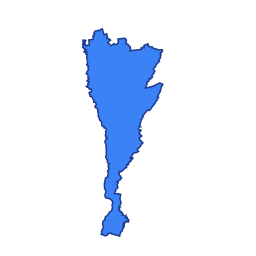 the district of Omealca, Veracruz, Mexico, rotated 255°
{"feature_id": "50627088B94853796766823", "entity_name": "Omealca", "entity_type": "district", "adm_level": 2, "iso_a3": "MEX", "parent_name": "Mexico", "parent_adm1": "Veracruz", "projection": "natural_earth1", "projection_center": [-96.739, 18.709], "detail": "fine", "context": "isolated", "style": "filled", "palette": "blue", "viewbox_px": 256, "rotation_deg": 255, "n_neighbors": 0, "source": "geoboundaries", "source_scale": "gbopen_adm2", "svg_char_len": 5854}
<svg xmlns="http://www.w3.org/2000/svg" viewBox="0 0 256 256"><g transform="rotate(255 128 128)"><path d="M194.3,181.5L195.0,181.0L194.9,178.9L199.0,172.4L199.2,172.6L199.7,172.6L200.9,170.3L202.2,168.6L203.1,169.0L204.1,169.1L203.8,165.7L203.6,164.9L203.3,164.7L203.2,165.1L201.3,164.3L202.3,162.6L201.2,162.0L201.6,161.3L200.4,161.2L201.6,153.7L201.9,149.9L203.1,150.9L206.0,151.2L206.8,150.2L208.0,150.0L209.2,149.3L209.3,148.4L210.0,147.5L211.0,148.1L211.6,148.8L212.9,149.0L214.0,149.1L215.6,148.1L216.5,141.3L213.5,140.9L212.4,140.1L211.7,139.2L212.2,136.9L213.1,136.3L211.7,133.0L215.9,130.6L217.4,133.9L218.8,133.1L219.6,131.0L220.4,131.0L220.5,131.4L221.4,131.3L221.4,131.7L224.5,131.7L224.4,128.9L230.3,128.9L230.3,127.0L229.8,126.7L229.6,124.8L230.0,124.8L230.0,121.1L229.7,120.8L228.5,119.6L227.7,120.1L227.0,119.9L227.0,119.4L226.7,119.2L225.9,118.9L226.0,118.0L224.6,117.6L223.1,117.5L222.6,117.2L223.2,112.9L218.2,112.1L218.6,108.5L220.1,108.4L220.1,107.3L223.5,109.9L224.5,107.9L224.5,107.3L223.6,106.8L223.0,107.8L222.6,107.9L221.2,106.1L219.2,105.8L218.3,105.9L217.9,105.3L217.5,105.2L215.3,106.5L215.0,107.3L214.6,107.7L213.0,105.2L212.7,105.3L212.8,107.3L212.3,108.0L211.8,107.9L211.3,106.6L210.8,106.3L210.2,106.4L209.5,107.6L209.0,107.9L208.4,107.1L207.3,106.4L205.2,106.2L203.6,106.3L201.4,105.6L200.3,105.6L200.0,104.6L199.7,104.4L198.0,105.7L197.8,105.8L196.8,104.9L194.7,105.1L193.5,103.5L192.4,102.8L191.3,101.7L190.7,102.4L188.9,103.0L188.0,102.9L186.9,102.1L186.2,103.1L185.3,102.7L184.4,100.9L183.9,100.6L183.2,102.2L182.5,102.4L181.6,100.8L181.1,100.6L180.0,100.8L179.4,100.1L179.0,98.5L178.7,98.5L176.9,100.5L175.5,100.8L174.7,102.9L173.5,102.5L172.2,101.6L172.7,100.3L172.2,99.7L171.0,99.4L169.7,99.9L168.6,99.5L168.0,99.9L167.9,100.9L166.5,101.5L163.4,102.1L162.3,101.6L161.6,101.6L161.5,102.7L160.6,103.4L158.3,103.4L158.1,102.4L157.0,101.5L156.1,101.9L155.1,103.3L154.1,103.5L150.9,103.0L149.7,103.1L147.2,102.3L145.6,102.7L142.9,102.7L142.0,103.4L140.2,104.0L137.2,103.4L135.8,104.3L135.4,105.2L134.2,105.0L133.5,106.5L133.2,106.8L132.5,106.8L131.4,106.2L130.7,105.5L129.3,105.4L128.1,104.8L126.6,104.5L126.5,104.2L126.2,104.1L124.8,105.2L124.3,104.9L124.1,104.2L123.8,104.2L122.8,104.9L122.0,103.0L121.0,102.2L119.4,102.2L118.3,102.5L117.1,102.4L115.3,101.8L113.4,101.7L109.6,100.5L108.2,100.4L107.3,100.0L106.6,99.3L105.7,99.0L102.8,99.4L102.0,99.9L100.7,99.2L99.7,99.4L98.0,99.8L97.9,100.6L96.1,98.8L93.7,99.2L91.9,97.3L89.6,97.1L88.7,96.9L87.0,96.0L86.6,96.1L85.9,95.5L85.9,94.6L85.4,93.2L84.6,93.1L83.2,92.1L81.5,91.6L80.9,90.9L75.8,89.7L74.1,90.2L72.0,90.0L68.9,88.2L67.3,88.2L66.4,88.4L65.8,89.2L65.2,90.6L64.2,92.2L61.9,93.8L59.8,94.0L57.7,92.6L54.6,92.3L53.6,91.3L52.3,90.9L51.6,88.8L51.7,88.3L50.6,87.6L48.7,85.2L48.2,83.4L46.6,82.3L45.2,82.1L45.1,81.3L44.7,80.4L44.2,79.7L42.7,78.9L41.8,78.5L40.3,78.8L38.3,78.4L35.3,75.9L34.3,75.5L33.0,75.6L32.2,74.5L31.7,75.2L31.7,75.9L31.5,76.4L30.6,76.9L29.7,78.1L29.9,80.4L30.9,81.0L31.2,81.9L30.8,83.4L31.0,83.9L30.5,84.7L29.9,84.9L25.7,92.0L28.4,93.2L29.3,94.5L30.2,95.0L29.9,95.4L32.6,97.5L33.6,98.6L33.9,98.8L34.0,97.9L34.3,98.0L34.5,98.4L34.9,98.3L35.7,98.8L35.8,98.5L36.1,98.7L36.2,99.0L35.4,99.1L36.2,99.7L36.4,99.3L37.2,99.1L37.1,100.2L37.8,100.2L38.1,101.3L37.8,101.4L37.8,101.9L38.0,102.1L37.6,102.3L38.3,103.6L37.7,103.6L37.2,104.0L38.9,105.0L40.9,103.7L41.1,103.3L41.7,103.9L42.1,103.3L41.9,103.0L42.3,103.3L42.3,102.8L42.5,102.9L42.8,102.5L43.6,103.0L43.5,102.8L45.1,100.5L45.4,100.9L46.2,100.7L47.0,100.2L47.2,100.5L47.8,100.2L48.1,100.4L48.6,99.9L48.4,98.9L48.8,99.4L49.0,99.0L49.3,99.2L49.7,99.0L50.2,98.3L50.8,97.9L51.4,98.0L51.2,98.8L51.5,98.9L51.6,98.6L52.4,98.6L52.6,98.2L53.3,98.5L53.5,99.2L53.7,98.5L53.9,98.5L53.9,99.6L54.3,99.5L57.2,101.7L58.9,102.0L59.3,101.8L60.8,101.8L62.7,102.2L65.7,103.8L66.6,102.0L67.1,101.6L68.1,97.8L68.7,97.9L70.0,99.5L71.6,100.1L72.1,100.9L72.4,102.2L73.0,102.6L73.8,102.9L74.9,102.6L76.5,103.2L78.0,104.6L79.1,103.4L79.9,106.9L81.4,108.9L86.7,107.0L86.2,107.3L86.8,107.9L87.3,107.7L87.6,108.2L88.1,108.4L87.9,108.6L88.0,109.2L87.7,109.3L87.5,110.0L89.4,113.9L90.2,114.9L90.1,116.5L91.5,116.3L91.8,116.5L92.1,117.5L92.8,117.2L93.0,117.9L92.4,118.2L92.8,119.1L93.2,118.9L94.2,119.9L94.3,119.8L94.5,120.6L95.2,121.2L95.3,121.9L95.7,121.6L96.2,122.9L96.7,123.4L96.9,124.0L97.2,123.9L97.4,124.1L97.7,125.0L98.7,124.3L97.8,122.9L98.2,122.2L100.6,124.8L101.5,125.8L102.2,127.2L102.2,130.1L102.6,132.1L104.8,131.3L105.5,131.7L106.0,133.7L107.2,135.3L108.6,136.6L109.7,138.5L114.2,136.2L115.7,136.6L116.6,138.9L117.5,138.4L117.4,138.8L120.2,137.2L122.3,140.0L123.1,139.6L123.1,138.4L124.0,137.9L124.6,137.9L125.1,138.1L126.3,139.5L126.0,140.5L127.5,140.0L131.8,142.6L132.6,142.8L133.6,144.2L135.1,145.5L136.0,145.6L136.1,146.0L137.5,147.4L137.6,147.7L138.3,148.4L139.1,150.1L139.9,150.8L140.2,151.5L139.4,153.2L140.3,154.7L142.6,157.3L143.9,159.4L144.3,159.4L145.3,160.9L147.1,162.5L147.3,163.3L148.5,164.0L149.8,165.5L150.8,164.7L155.2,168.8L155.3,168.5L158.2,170.5L159.1,170.7L160.3,172.4L161.4,172.9L161.6,172.2L162.9,170.9L163.3,170.0L162.3,164.9L161.5,164.2L162.1,163.3L161.8,163.0L161.9,162.6L161.9,155.5L162.1,155.3L162.5,155.8L163.6,156.0L163.8,156.5L165.2,157.6L166.2,157.9L167.2,157.9L167.2,158.3L167.6,158.9L167.6,159.9L168.3,160.3L168.8,160.9L169.9,161.1L169.7,161.5L170.1,161.8L169.8,162.0L170.1,162.5L169.7,162.7L170.2,163.1L170.4,164.2L170.8,164.8L172.3,164.6L172.7,165.1L173.4,165.7L173.9,166.9L174.7,167.2L175.2,168.0L175.5,167.8L176.1,168.6L176.5,168.6L178.2,167.8L178.6,168.0L180.0,169.5L180.1,169.9L179.9,170.1L180.2,170.5L182.3,171.8L182.3,172.4L184.0,174.8L184.0,175.6L184.4,175.7L185.1,175.2L186.5,176.3L187.4,177.5L189.0,178.0L190.1,178.6L190.8,178.8L191.1,178.2L192.3,179.0L192.2,179.7L192.4,180.3L193.4,180.6L193.6,181.3L194.3,181.5Z" fill="#3b82f6" stroke="#1e3a8a" stroke-width="1.5"/></g></svg>